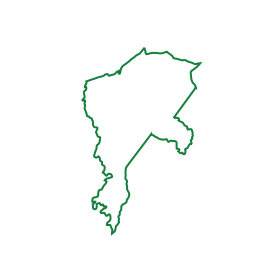 Vaupés, Equal Earth projection, rotated 36°
{"feature_id": "COL-1426", "entity_name": "Vaupés", "entity_type": "Commissiary", "adm_level": 1, "iso_a3": "COL", "parent_name": "Colombia", "parent_adm1": "", "projection": "equal_earth", "projection_center": [-70.34, 0.431], "detail": "fine", "context": "isolated", "style": "outline", "palette": "green", "viewbox_px": 256, "rotation_deg": 36, "n_neighbors": 0, "source": "natural_earth", "source_scale": "10m", "svg_char_len": 5868}
<svg xmlns="http://www.w3.org/2000/svg" viewBox="0 0 256 256"><g transform="rotate(36 128 128)"><path d="M159.4,55.5L158.8,55.5L159.1,57.7L159.0,92.3L159.9,92.4L161.7,90.9L162.7,90.5L163.3,90.5L163.8,90.7L164.2,91.0L164.3,92.2L164.7,92.3L168.7,91.5L169.7,91.6L171.6,92.4L172.0,92.5L173.4,92.5L174.7,92.2L175.1,92.3L175.5,92.5L175.7,92.8L175.8,93.1L176.0,93.3L176.8,93.9L177.3,94.1L179.2,92.1L179.9,91.9L180.6,92.0L182.7,93.5L183.3,94.1L184.0,95.3L184.8,95.9L185.1,96.3L185.2,96.9L185.2,97.5L185.3,98.1L186.3,98.9L186.0,100.9L186.7,101.8L187.7,102.3L188.2,102.7L188.5,103.2L188.5,104.0L188.1,104.2L187.7,104.3L187.5,104.5L187.4,105.7L187.8,108.2L187.8,109.5L187.5,110.1L187.1,110.6L186.8,111.1L186.9,111.9L187.2,112.3L188.2,112.9L188.5,113.3L188.9,114.5L189.1,115.5L188.8,116.3L188.0,116.6L187.7,116.5L186.9,116.1L186.4,116.1L186.1,116.4L185.6,117.3L185.3,117.6L184.7,117.6L183.1,117.3L182.4,117.4L182.5,115.8L182.1,115.2L181.4,115.2L180.5,115.5L179.6,116.1L179.3,115.9L176.3,111.8L175.6,111.1L174.7,110.8L173.6,111.0L172.8,111.5L171.5,112.7L170.7,112.8L169.8,113.3L169.4,114.6L168.8,115.5L167.4,115.1L166.2,114.4L165.6,114.5L164.0,116.2L162.5,117.2L160.9,118.0L159.2,118.5L156.3,118.7L155.5,119.0L154.7,119.2L153.7,118.9L152.8,119.0L151.9,119.5L151.1,119.8L150.4,119.1L149.7,155.3L149.6,159.6L149.9,161.6L150.4,162.7L152.0,165.3L154.1,167.9L155.1,169.8L155.5,170.3L156.3,170.7L158.0,171.2L158.7,171.9L159.0,172.4L159.4,173.7L159.7,174.2L160.1,174.6L161.1,175.2L161.5,175.6L162.8,177.5L163.4,178.2L166.8,179.9L167.5,180.4L168.2,181.3L168.8,182.3L169.1,183.4L169.3,184.7L169.3,186.3L169.4,186.9L169.6,187.5L169.9,187.9L170.1,188.4L170.3,189.1L170.0,190.4L168.7,193.1L168.4,194.1L168.8,195.5L170.4,197.9L170.7,198.7L170.6,200.1L170.7,200.7L171.1,201.5L171.4,201.8L171.7,202.1L172.0,202.4L172.2,203.0L172.3,203.6L172.2,204.2L172.1,204.8L172.4,205.5L172.8,205.9L173.7,206.4L174.1,206.8L175.0,208.6L175.3,208.9L175.7,209.0L175.9,209.1L176.0,209.3L176.2,209.7L176.1,209.9L176.3,212.0L176.3,212.7L176.0,213.8L176.0,214.5L177.6,217.9L178.0,219.6L177.1,222.8L175.7,220.6L175.5,219.9L175.3,219.5L174.8,219.2L174.6,219.2L174.0,219.1L171.1,217.1L170.5,217.0L168.3,218.6L167.8,218.8L167.5,218.4L167.1,217.3L167.1,216.2L167.3,215.3L167.5,214.4L167.7,213.4L167.5,212.4L167.0,211.5L165.3,209.4L164.7,209.0L164.0,208.8L163.4,209.1L163.0,209.7L162.7,211.2L162.2,211.7L161.4,211.7L159.5,210.7L158.4,210.7L157.8,211.3L157.1,212.0L156.4,212.5L155.6,212.4L155.0,211.7L154.9,210.9L155.5,209.1L155.6,208.8L155.5,208.0L155.6,207.6L155.8,207.3L156.4,206.7L156.6,206.4L156.9,205.7L157.1,205.0L156.8,204.5L155.9,204.5L155.2,204.9L154.6,205.4L153.9,205.6L152.7,204.7L152.2,205.1L151.9,205.8L151.3,206.2L151.1,206.3L150.9,206.2L150.7,206.2L149.7,205.5L149.2,205.5L148.5,206.0L147.5,207.8L148.1,209.1L149.2,210.3L149.7,211.8L149.3,212.8L148.6,213.4L147.7,213.6L146.9,213.3L144.8,211.1L144.5,210.6L144.5,209.8L145.1,208.3L145.2,207.5L144.9,206.8L144.3,207.1L143.3,208.4L142.5,208.6L141.8,207.8L141.2,206.6L140.9,205.5L141.1,204.6L141.6,203.9L142.8,202.8L143.8,200.9L142.9,199.1L141.6,197.2L141.2,195.2L141.7,194.5L142.3,193.9L142.8,193.4L142.9,192.5L142.5,190.7L142.4,189.8L142.3,188.8L142.6,186.6L142.6,185.4L142.4,184.5L141.8,183.7L141.0,183.8L140.4,184.1L139.9,184.1L139.9,182.8L140.8,181.2L143.4,177.8L143.8,177.2L143.6,176.5L142.6,175.8L141.7,175.5L140.9,175.5L140.1,175.8L139.3,176.4L138.8,177.1L138.9,178.6L138.6,179.3L137.8,179.4L135.6,178.8L133.8,178.9L133.6,178.4L133.7,177.5L133.8,176.6L133.5,175.6L132.9,174.5L132.3,173.5L131.6,172.9L130.9,172.7L128.8,172.9L128.2,172.6L127.4,171.2L126.8,170.7L126.3,170.7L125.3,170.9L124.9,170.9L124.4,170.6L123.2,169.3L122.4,168.8L121.5,168.3L120.7,168.4L120.3,169.4L120.0,170.3L119.5,170.8L118.9,170.9L117.4,170.9L117.0,170.7L116.8,170.2L115.7,167.3L114.8,163.5L113.1,160.7L113.1,160.1L113.3,159.4L113.5,158.4L113.5,157.4L113.3,156.5L113.0,155.6L111.8,153.2L111.2,152.4L110.7,152.0L110.2,152.0L109.3,152.5L108.8,152.6L108.0,152.3L106.4,151.2L105.6,150.9L104.7,150.3L104.3,149.4L103.9,147.1L103.2,145.9L102.4,145.9L100.7,146.9L100.0,147.0L99.3,146.9L98.6,146.6L98.0,146.2L95.7,143.2L94.2,142.6L93.3,141.7L92.8,141.6L91.5,142.1L91.0,142.1L90.7,142.1L89.9,141.7L89.5,141.7L88.8,142.0L88.4,142.3L87.9,142.4L85.7,140.5L81.5,137.8L81.0,137.0L80.1,135.0L79.6,134.5L78.7,134.1L78.2,133.3L77.9,132.3L77.4,131.3L76.8,131.1L75.5,132.3L74.9,132.3L74.6,131.6L74.8,130.6L75.0,129.6L75.0,128.8L74.1,127.7L72.5,126.3L71.1,124.8L71.1,123.5L71.5,122.7L71.5,121.8L71.3,120.9L70.8,120.2L70.1,119.5L69.8,119.7L69.6,120.3L69.3,120.4L68.6,119.7L68.3,118.7L68.1,116.5L67.6,115.2L66.9,114.8L74.8,103.6L76.1,102.2L77.4,100.4L77.8,99.6L78.0,98.6L78.7,97.3L79.3,96.7L80.0,96.4L80.7,96.6L81.2,96.9L81.7,96.9L82.2,96.7L84.1,94.0L84.9,93.3L85.3,92.4L85.8,91.0L85.9,90.5L85.9,89.9L85.9,89.3L86.0,88.7L86.3,88.5L87.0,88.6L87.0,88.2L87.0,87.6L87.0,86.9L87.3,86.5L87.5,86.5L87.8,87.2L87.9,87.9L88.0,88.5L88.3,89.1L88.8,89.3L89.3,89.1L89.4,88.6L89.2,87.9L88.8,87.3L88.5,86.5L88.0,85.3L87.9,84.8L87.3,83.4L87.3,82.6L87.3,81.4L87.3,80.8L87.4,80.3L87.7,79.8L89.7,73.6L90.0,72.0L90.2,70.5L90.7,69.3L91.6,66.5L92.0,64.6L92.3,63.6L93.5,61.7L93.8,60.4L93.9,58.9L94.1,54.1L94.8,53.9L96.0,55.2L97.4,55.9L98.2,57.1L98.7,57.3L99.5,57.4L100.2,56.8L101.1,55.8L101.8,54.8L103.8,52.7L107.3,50.3L109.5,49.2L110.9,48.2L111.9,47.2L113.6,44.9L114.3,43.7L114.6,43.5L114.9,43.5L115.3,43.7L119.2,43.5L120.8,43.7L121.3,43.6L121.8,43.8L122.2,43.9L122.7,44.3L123.1,44.5L123.7,44.6L124.4,44.5L125.1,44.3L126.4,43.4L129.2,42.5L130.1,42.1L131.7,41.6L132.2,41.3L132.6,40.9L133.3,40.1L134.0,39.6L135.7,39.2L136.4,39.2L136.8,39.0L137.6,39.0L138.4,38.8L139.9,38.1L141.8,37.5L144.2,37.1L145.0,36.7L145.5,36.2L146.5,34.9L148.3,33.2L148.2,35.6L147.7,38.5L145.9,44.4L145.8,45.4L146.1,46.3L150.6,51.3L152.7,52.8L154.0,53.4L156.0,53.6L157.9,54.4L159.2,55.3L159.4,55.5Z" fill="none" stroke="#15803d" stroke-width="2"/></g></svg>